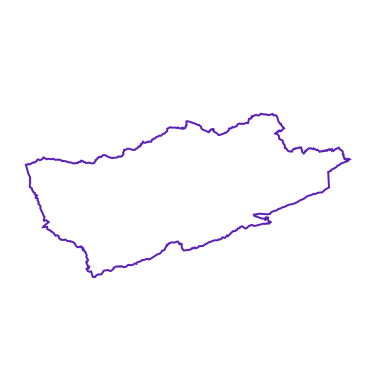 Ambato, Catamarca, Argentina (orthographic projection), rotated 82°
{"feature_id": "61730980B94999737100466", "entity_name": "Ambato", "entity_type": "district", "adm_level": 2, "iso_a3": "ARG", "parent_name": "Argentina", "parent_adm1": "Catamarca", "projection": "orthographic", "projection_center": [-65.964, -27.984], "detail": "fine", "context": "isolated", "style": "outline", "palette": "violet", "viewbox_px": 384, "rotation_deg": 82, "n_neighbors": 0, "source": "geoboundaries", "source_scale": "gbopen_adm2", "svg_char_len": 6044}
<svg xmlns="http://www.w3.org/2000/svg" viewBox="0 0 384 384"><g transform="rotate(82 192 192)"><path d="M141.9,352.7L151.0,351.5L154.5,350.4L156.8,350.4L158.3,351.1L160.2,350.8L161.1,351.4L164.4,351.9L166.3,350.0L168.0,350.0L169.1,349.2L169.9,349.2L171.1,347.8L172.1,348.1L173.1,346.8L173.7,347.1L174.0,346.1L175.2,347.4L176.0,347.6L176.4,346.3L177.4,345.6L178.5,346.1L181.0,345.2L182.3,345.8L183.7,344.6L185.8,344.0L186.9,344.5L195.2,342.1L196.0,341.5L199.5,342.8L200.0,342.4L199.7,340.2L201.9,338.1L205.2,343.7L206.1,344.4L206.4,340.3L208.7,340.4L210.5,337.3L211.5,337.2L211.9,336.1L213.1,335.0L216.3,333.2L216.1,331.5L217.3,330.1L218.8,330.3L221.1,328.4L220.9,327.7L221.7,326.0L221.5,324.0L223.3,322.2L223.8,319.1L224.3,318.8L224.8,317.1L226.4,315.4L229.2,314.4L230.8,313.0L230.5,309.7L231.2,309.9L231.6,308.0L232.8,307.6L233.0,308.3L233.9,308.4L234.2,308.3L234.2,307.1L236.2,306.7L236.5,305.9L240.0,305.1L241.8,305.7L244.8,304.4L245.1,305.1L246.4,305.2L246.5,306.4L248.1,306.4L249.4,305.7L251.6,305.6L251.2,304.6L251.5,304.1L253.3,304.9L253.5,307.1L255.8,306.2L256.8,304.4L256.6,303.0L262.2,302.1L262.7,300.2L262.6,299.5L261.8,299.2L260.6,296.6L260.9,293.3L259.4,291.7L257.9,290.7L257.6,289.8L257.6,286.2L258.8,284.1L258.8,282.9L257.2,280.4L256.2,280.2L255.2,277.2L255.6,275.7L255.3,274.7L256.0,273.6L255.5,272.3L256.6,270.9L257.0,269.2L256.8,267.8L255.3,265.2L256.0,262.8L255.8,260.4L254.9,259.0L254.9,258.0L255.4,257.1L254.7,257.0L254.1,256.2L253.2,251.7L252.5,251.1L252.5,248.3L252.0,245.9L252.2,244.8L252.7,244.4L252.6,242.9L248.8,234.6L248.5,232.6L247.5,230.9L246.0,229.8L245.7,227.5L242.0,225.0L241.8,224.1L240.6,224.2L240.4,222.3L239.7,222.0L239.1,219.7L239.6,215.6L239.0,213.8L239.2,212.8L240.4,212.0L241.9,211.8L242.1,210.8L241.6,210.1L242.2,209.4L246.0,209.9L248.8,208.3L248.9,202.5L248.4,200.7L247.8,200.3L248.0,199.2L247.4,198.6L247.9,198.1L247.4,196.7L248.3,196.1L248.0,194.7L247.5,193.3L246.6,192.6L247.0,188.6L245.9,187.0L245.1,184.1L244.1,182.7L244.1,181.0L243.2,178.3L243.0,175.2L243.4,173.4L242.6,172.1L243.0,171.2L242.3,169.1L241.3,168.5L241.1,167.9L242.0,166.2L241.8,165.5L240.2,163.5L240.4,163.0L240.0,163.1L240.2,161.9L236.5,156.9L236.7,154.6L236.1,154.1L236.1,153.1L234.5,151.9L234.6,150.0L233.5,149.4L232.9,147.0L235.6,144.3L235.4,143.0L233.4,140.1L233.3,138.4L232.9,137.9L233.0,137.1L234.4,134.8L233.3,125.1L233.9,124.1L233.5,122.8L234.1,120.5L232.8,118.2L232.2,118.6L232.4,120.4L231.4,120.1L229.6,120.7L227.9,120.1L227.4,122.1L229.6,122.6L229.9,123.3L229.6,123.5L228.1,123.1L228.3,125.9L224.3,133.6L223.1,133.9L222.9,127.9L224.6,120.4L224.5,117.7L223.1,116.4L222.5,114.7L221.8,110.3L220.8,108.8L220.5,106.1L219.7,104.4L219.7,102.9L218.4,99.0L217.9,96.1L218.1,94.4L217.0,89.9L215.4,86.5L214.3,82.3L212.1,78.1L211.6,74.3L210.7,71.6L211.2,70.4L210.3,67.4L210.4,63.0L208.2,59.9L206.5,55.7L191.0,54.3L190.5,51.7L189.5,51.1L187.6,45.8L186.2,44.4L185.8,42.3L184.6,40.7L183.0,33.3L181.9,32.3L181.6,31.3L180.8,32.3L180.8,33.4L181.4,34.3L181.3,35.3L180.3,35.5L180.5,36.4L177.3,37.1L176.1,36.6L175.7,37.4L173.1,37.1L171.5,38.1L170.3,39.8L168.5,40.4L169.6,44.2L171.0,46.2L170.1,46.9L170.5,47.6L169.0,47.6L169.6,49.6L168.8,49.9L168.8,50.9L169.8,52.3L169.4,52.6L169.9,53.6L169.2,54.1L169.9,55.5L169.6,56.3L169.9,57.1L169.5,57.4L170.0,59.9L167.6,61.8L167.9,62.8L165.8,65.5L166.4,66.2L165.3,67.9L165.5,68.6L165.0,70.1L166.5,72.8L167.1,73.0L166.9,73.7L167.3,74.3L168.6,74.9L169.4,76.0L168.5,76.8L166.8,77.5L165.8,77.1L164.9,77.7L163.2,77.6L162.8,79.0L163.2,79.9L162.9,81.0L163.4,82.1L163.1,83.4L163.7,84.0L163.5,85.6L165.9,87.4L165.3,88.3L165.6,89.0L165.3,90.2L164.6,91.2L161.5,93.0L161.3,93.9L158.8,93.6L156.9,94.7L155.4,95.1L154.8,94.8L153.5,95.3L151.4,98.3L148.4,98.2L146.5,99.5L145.7,101.4L144.7,100.0L144.4,98.1L143.6,98.1L143.3,97.5L143.3,96.5L144.2,95.9L144.0,94.9L143.0,94.2L141.7,91.9L138.6,94.2L137.0,94.3L136.6,95.4L135.4,95.7L134.5,96.5L129.3,97.2L127.5,98.5L127.6,100.5L125.9,101.4L126.4,103.9L126.4,106.2L125.4,107.8L125.3,109.9L124.1,112.8L124.5,113.7L125.4,114.5L125.4,116.2L124.5,117.6L124.8,119.5L125.3,120.2L125.3,122.3L126.2,122.2L126.5,122.9L127.4,123.1L127.5,125.4L131.5,126.9L131.1,129.1L131.9,131.4L131.4,132.3L131.4,134.0L130.8,135.2L131.2,137.0L132.1,138.2L133.0,138.5L133.8,142.0L133.2,143.0L134.4,144.1L134.3,146.5L135.7,146.8L138.1,150.0L137.9,151.5L138.5,152.1L139.3,156.4L139.3,157.8L137.5,159.0L135.3,161.8L134.0,162.5L133.0,161.8L132.6,162.0L132.6,164.3L133.9,165.5L133.7,166.0L135.1,167.0L134.2,168.7L133.4,169.5L132.6,171.3L130.7,173.8L128.5,174.0L126.4,176.0L126.4,177.0L125.0,178.9L121.4,186.1L121.3,187.7L124.2,188.0L124.9,188.5L125.2,188.2L126.4,189.4L127.0,189.3L127.9,190.1L128.1,192.0L127.3,191.8L126.9,192.9L127.6,194.0L126.9,196.1L126.1,196.9L126.6,198.1L125.9,199.5L125.5,202.9L124.8,204.5L125.9,207.7L128.3,208.1L129.7,210.6L130.2,210.9L130.6,213.1L132.0,214.7L131.7,216.9L132.3,217.7L132.6,219.8L133.8,221.0L133.9,222.9L134.7,223.6L134.7,224.4L136.5,225.4L136.0,227.6L136.5,228.2L136.1,228.7L136.8,231.6L136.4,232.6L135.4,233.5L136.8,234.4L137.5,236.0L138.3,236.4L138.4,236.0L139.8,237.3L139.4,238.0L139.7,238.8L141.3,240.2L141.3,241.3L142.3,242.8L142.0,244.9L140.3,248.5L140.2,250.2L141.0,251.7L140.9,253.4L142.3,253.8L143.6,254.8L145.1,254.6L146.6,256.2L146.5,256.8L147.2,257.6L146.5,259.9L147.3,260.7L147.3,266.4L145.7,269.9L143.7,272.4L143.1,274.7L143.5,275.7L144.7,277.0L144.3,278.5L144.4,279.3L145.1,279.8L145.0,280.4L146.6,282.0L146.9,283.0L147.5,282.9L148.8,284.4L149.6,284.6L149.8,285.5L149.7,287.3L148.5,290.3L148.6,293.0L147.5,293.9L147.3,295.1L146.0,296.0L145.5,297.5L146.0,298.2L146.6,298.2L146.5,300.0L147.3,300.8L147.0,301.1L147.3,301.8L147.1,302.8L147.4,303.1L147.1,305.8L145.8,308.0L145.3,310.7L144.2,312.0L143.3,315.2L143.4,316.3L141.8,317.7L141.7,319.2L141.2,320.1L141.2,322.5L139.7,325.2L140.0,326.6L139.0,330.1L139.4,331.2L137.1,334.3L138.0,334.9L139.0,336.7L139.4,338.3L138.3,339.7L138.3,340.4L140.0,341.8L140.3,343.0L140.8,343.4L140.9,344.4L140.5,344.9L142.1,348.9L141.4,350.1L141.9,351.2L141.9,352.7Z" fill="none" stroke="#5b21b6" stroke-width="2"/></g></svg>